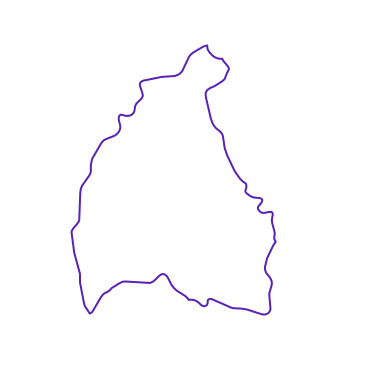 Ha'il, Natural Earth projection, rotated 286°
{"feature_id": "SAU-847", "entity_name": "Ha'il", "entity_type": "Region", "adm_level": 1, "iso_a3": "SAU", "parent_name": "Saudi Arabia", "parent_adm1": "", "projection": "natural_earth1", "projection_center": [41.874, 27.094], "detail": "fine", "context": "isolated", "style": "outline", "palette": "violet", "viewbox_px": 384, "rotation_deg": 286, "n_neighbors": 0, "source": "natural_earth", "source_scale": "10m", "svg_char_len": 3163}
<svg xmlns="http://www.w3.org/2000/svg" viewBox="0 0 384 384"><g transform="rotate(286 192 192)"><path d="M320.0,193.5L318.9,193.5L315.5,192.7L310.3,192.4L309.1,192.0L306.9,190.6L300.5,185.0L296.9,180.8L295.0,179.2L293.9,178.5L292.7,178.1L291.6,177.9L290.4,178.0L289.3,178.3L286.8,179.3L267.9,189.8L264.2,192.4L261.7,194.9L260.0,197.4L257.9,202.2L257.2,203.5L256.1,204.9L254.4,206.2L242.9,211.5L236.9,215.7L223.8,227.3L217.9,234.6L216.5,237.2L215.6,239.4L215.3,240.7L214.6,241.8L213.6,242.3L211.2,243.0L210.0,243.1L208.8,242.9L207.7,243.0L206.7,243.5L206.0,244.5L204.9,247.0L204.1,249.5L203.8,250.8L203.8,252.0L203.8,253.2L204.7,258.1L204.8,258.6L204.8,259.6L204.6,260.7L204.0,261.6L203.1,261.9L201.9,261.9L200.7,261.6L196.8,259.9L195.9,259.6L194.8,259.8L193.6,260.4L192.4,261.9L191.7,263.2L191.4,264.6L191.5,265.9L191.9,267.3L194.2,272.0L194.5,272.8L194.7,273.7L194.4,274.7L193.5,275.5L192.4,275.9L187.5,276.4L185.9,276.9L184.0,277.8L176.0,282.6L174.2,283.1L171.2,283.5L169.2,284.2L167.3,286.1L162.9,284.8L148.9,282.4L140.2,282.8L138.8,283.2L137.0,283.9L135.7,284.8L134.5,285.9L130.9,290.9L129.8,291.9L128.8,292.7L127.9,293.3L127.3,293.6L126.3,293.9L125.2,294.1L123.1,294.3L117.1,294.2L114.5,294.6L102.0,299.4L100.9,299.7L99.7,299.7L98.6,299.5L97.5,299.2L96.6,298.6L96.0,298.2L95.2,297.3L94.5,296.2L94.0,294.7L93.7,293.0L94.2,277.0L93.4,270.9L91.8,264.3L91.6,262.8L91.7,261.0L94.5,240.7L94.4,239.4L93.9,238.2L92.8,237.2L91.6,237.1L89.2,237.7L88.1,237.6L87.0,237.1L86.1,236.2L85.5,234.9L85.5,233.4L86.1,231.6L87.9,228.0L88.2,227.2L88.6,225.1L88.7,223.7L88.5,222.2L88.3,221.0L87.4,218.4L88.2,217.8L89.0,216.5L90.0,214.6L92.9,204.8L94.5,201.5L96.7,198.3L102.9,192.5L103.9,191.3L104.6,190.1L105.1,188.9L105.3,187.6L105.1,186.4L104.0,184.9L102.9,183.9L96.8,180.4L94.9,179.0L94.1,178.2L93.3,177.1L92.8,175.9L87.5,152.2L87.0,150.9L86.3,149.6L83.4,146.5L77.5,141.3L74.5,139.7L73.0,138.6L71.9,137.4L71.7,137.1L70.6,135.8L68.8,134.7L66.0,133.5L50.0,129.4L48.8,128.9L48.0,128.4L47.1,127.1L52.6,120.7L53.7,119.8L55.0,119.0L73.9,109.4L82.6,106.8L101.2,95.5L120.1,87.3L121.2,87.1L124.3,87.9L130.0,90.5L132.9,91.3L134.1,91.3L160.5,84.8L164.1,84.3L166.1,84.4L167.8,84.6L179.9,88.8L181.6,89.1L183.0,89.2L184.2,89.0L190.2,87.3L195.7,86.9L196.9,87.0L213.9,91.3L216.2,92.3L217.4,93.0L218.5,94.0L224.6,101.8L226.0,103.1L227.7,104.2L230.2,105.2L232.0,105.5L233.7,105.4L235.1,105.0L236.6,104.4L240.6,102.0L242.0,101.4L243.4,101.1L245.2,101.1L246.2,101.7L246.7,102.2L246.8,102.7L247.0,107.2L247.1,108.0L247.5,109.3L248.3,111.1L249.4,112.5L251.1,113.7L252.5,114.1L253.8,114.3L258.8,113.7L260.5,113.9L261.9,114.3L267.2,117.3L269.1,118.0L270.4,118.2L271.5,118.0L273.6,116.9L279.4,112.9L280.8,112.3L282.5,112.1L283.8,112.7L284.9,113.6L285.8,114.8L294.3,131.2L298.6,143.1L300.3,145.7L301.5,146.9L302.9,148.0L304.6,148.9L306.0,149.4L321.4,151.9L323.1,152.6L325.4,154.0L326.5,154.8L334.9,162.8L336.2,164.5L336.9,166.2L334.0,167.4L333.9,167.5L333.2,168.0L331.6,169.6L330.4,171.4L329.0,173.8L328.2,175.7L327.7,177.6L327.6,178.8L327.5,180.1L327.6,181.3L328.1,183.5L328.4,184.3L326.4,186.3L322.5,192.1L321.9,192.7L321.0,193.3L320.0,193.5Z" fill="none" stroke="#5b21b6" stroke-width="2"/></g></svg>